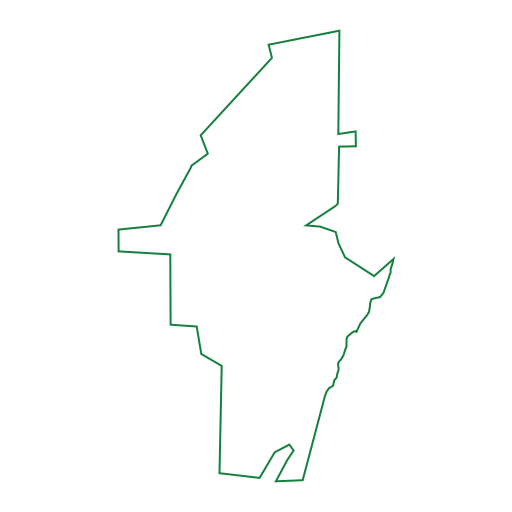 Shurugwi Town, Midlands, Zimbabwe
{"feature_id": "62879985B16966915887003", "entity_name": "Shurugwi Town", "entity_type": "district", "adm_level": 2, "iso_a3": "ZWE", "parent_name": "Zimbabwe", "parent_adm1": "Midlands", "projection": "robinson", "projection_center": [30.031, -19.693], "detail": "fine", "context": "isolated", "style": "outline", "palette": "green", "viewbox_px": 512, "rotation_deg": 0, "n_neighbors": 0, "source": "geoboundaries", "source_scale": "gbopen_adm2", "svg_char_len": 2664}
<svg xmlns="http://www.w3.org/2000/svg" viewBox="0 0 512 512"><path d="M118.5,229.6L118.6,251.4L170.3,254.4L170.6,324.7L196.4,326.5L196.7,326.5L201.3,354.0L221.7,365.9L219.5,473.2L259.6,477.9L274.7,452.3L289.3,444.6L293.6,450.5L287.4,459.8L275.9,481.3L302.7,480.2L325.0,395.8L325.0,395.7L325.4,394.8L326.0,393.3L326.1,393.1L326.2,392.9L326.3,392.5L326.4,392.1L326.5,391.8L326.7,391.4L326.9,391.1L329.3,387.9L329.5,387.7L330.0,387.6L330.3,387.4L330.6,387.3L332.9,385.8L332.9,385.7L333.1,385.6L333.1,385.4L334.4,380.0L334.6,379.8L334.9,379.5L335.1,379.3L335.3,379.1L335.5,378.9L335.9,378.6L336.0,378.5L336.1,378.3L336.2,378.0L336.3,377.8L336.5,377.6L336.6,377.3L336.7,377.0L336.8,376.9L336.8,376.7L336.9,376.3L336.9,376.2L336.9,375.9L337.0,375.6L337.0,375.1L337.1,374.8L337.8,372.0L337.9,371.8L338.0,371.6L338.1,371.4L338.1,371.2L338.3,371.0L338.4,370.7L338.5,370.4L338.5,370.0L338.6,369.6L338.6,369.2L338.1,364.7L338.1,364.4L338.1,364.2L338.1,363.9L338.2,363.6L338.2,363.4L338.2,363.2L338.3,363.0L338.3,362.7L340.2,360.3L340.3,360.2L340.5,360.1L340.6,359.8L340.8,359.7L341.1,359.3L343.5,355.2L345.0,350.4L344.9,350.4L345.1,350.3L345.2,349.8L345.3,349.2L345.5,348.8L345.8,348.4L346.0,348.0L346.0,347.8L346.1,347.5L346.2,347.4L346.3,347.2L346.4,346.9L346.4,346.5L346.5,346.2L346.5,344.7L346.5,344.2L346.5,343.7L346.5,343.2L346.6,339.1L346.7,338.8L346.7,338.5L346.7,338.4L346.8,338.2L346.9,337.8L347.0,337.5L347.0,337.4L347.1,337.2L348.6,335.4L348.9,335.3L349.1,335.2L349.3,335.0L349.4,334.9L351.9,332.8L352.1,332.6L352.3,332.5L352.4,332.4L352.5,332.2L355.2,331.1L356.4,331.9L360.5,323.2L367.1,315.1L367.3,314.8L367.4,314.5L368.5,312.7L368.8,312.4L369.0,312.2L369.9,306.4L370.0,306.0L370.0,305.6L370.1,305.2L370.1,304.9L370.1,304.6L370.1,304.3L370.1,304.0L370.1,303.4L370.1,303.1L371.4,299.4L371.7,299.3L371.8,299.1L372.0,299.0L372.2,298.9L372.4,298.9L372.5,298.8L378.5,297.4L378.8,297.3L379.4,297.1L379.6,297.1L379.8,297.1L380.0,297.1L383.4,293.0L389.1,276.9L389.2,276.7L389.2,276.2L389.3,276.0L389.3,275.8L389.4,275.5L389.5,275.2L389.6,274.9L389.7,274.6L389.8,274.4L389.9,274.1L390.1,273.8L390.2,273.6L390.4,273.3L390.5,273.0L390.5,272.7L390.5,272.4L390.6,272.1L390.6,271.8L390.6,271.6L390.6,271.0L390.6,270.4L390.6,270.2L390.6,269.8L390.6,269.6L391.9,265.1L392.1,264.9L393.5,259.0L374.1,276.1L345.1,257.4L338.5,243.4L335.7,232.0L320.1,226.6L306.1,225.4L335.9,205.7L337.8,203.6L338.8,159.8L339.1,146.6L355.9,146.3L355.6,131.4L338.3,134.0L338.7,96.8L339.4,30.7L299.8,38.5L268.6,44.7L271.4,55.6L271.9,57.9L243.2,89.1L200.7,135.3L207.8,153.7L207.7,153.8L191.5,165.6L191.0,167.3L176.4,194.1L160.6,225.3L118.5,229.6Z" fill="none" stroke="#15803d" stroke-width="2"/></svg>